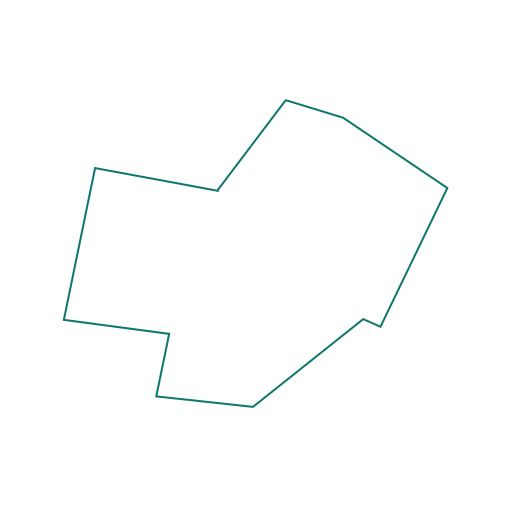 outline of Bois D'Inde, Soufrière, Saint Lucia, rotated 79°
{"feature_id": "8701671B31799938456205", "entity_name": "Bois D'Inde", "entity_type": "district", "adm_level": 2, "iso_a3": "LCA", "parent_name": "Saint Lucia", "parent_adm1": "Soufrière", "projection": "mercator", "projection_center": [-61.035, 13.837], "detail": "fine", "context": "isolated", "style": "outline", "palette": "teal", "viewbox_px": 512, "rotation_deg": 79, "n_neighbors": 0, "source": "geoboundaries", "source_scale": "gbopen_adm2", "svg_char_len": 355}
<svg xmlns="http://www.w3.org/2000/svg" viewBox="0 0 512 512"><g transform="rotate(79 256 256)"><path d="M225.8,55.2L136.9,144.1L108.5,197.5L108.8,197.2L184.0,281.0L184.7,281.1L139.0,397.2L282.0,456.8L315.9,356.1L374.8,380.7L402.9,289.8L403.5,287.7L338.4,162.8L349.2,147.3L346.9,145.6L225.8,55.2Z" fill="none" stroke="#0f766e" stroke-width="2"/></g></svg>